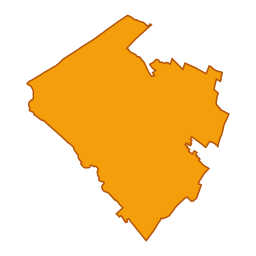 Mihai Eminescu, Botosani, Romania (Mercator projection)
{"feature_id": "2599482B56977001468724", "entity_name": "Mihai Eminescu", "entity_type": "district", "adm_level": 2, "iso_a3": "ROU", "parent_name": "Romania", "parent_adm1": "Botosani", "projection": "mercator", "projection_center": [26.565, 47.773], "detail": "fine", "context": "isolated", "style": "filled", "palette": "amber", "viewbox_px": 256, "rotation_deg": 0, "n_neighbors": 0, "source": "geoboundaries", "source_scale": "gbopen_adm2", "svg_char_len": 5646}
<svg xmlns="http://www.w3.org/2000/svg" viewBox="0 0 256 256"><path d="M198.8,182.2L199.1,181.4L200.9,178.9L203.5,174.6L203.7,174.4L204.6,173.0L205.0,172.5L206.9,170.8L208.9,168.5L205.8,166.6L205.1,166.3L204.1,165.7L202.3,164.0L201.4,163.1L200.6,162.0L200.4,161.8L199.2,161.1L199.0,160.6L199.8,159.7L199.1,159.3L199.5,158.3L197.0,156.9L197.4,156.0L195.5,155.0L196.9,152.5L194.2,150.9L192.4,154.0L188.5,151.4L189.7,149.5L187.7,148.1L187.8,148.0L187.0,147.3L187.6,146.5L185.2,144.9L185.9,143.3L187.3,144.1L187.5,143.7L190.4,145.7L190.9,144.9L190.7,144.8L191.5,143.5L190.3,142.7L192.0,140.3L190.5,139.2L191.8,136.8L202.2,144.4L204.4,146.4L205.8,147.4L206.2,146.8L206.7,145.9L207.7,144.4L209.6,141.6L210.0,141.6L210.8,141.8L212.7,142.4L213.3,142.9L215.3,143.9L215.5,144.1L215.7,144.5L215.9,144.8L216.9,145.5L217.9,146.5L218.4,143.4L220.4,137.3L220.8,136.8L221.5,135.0L221.7,134.7L223.1,129.1L223.0,128.9L223.8,125.7L224.5,123.6L226.9,118.8L227.2,118.1L227.3,117.8L228.9,114.0L228.9,113.9L228.7,113.8L228.1,113.6L227.8,113.4L227.4,113.3L226.9,113.0L226.0,112.7L225.2,112.2L224.8,111.8L222.9,111.0L222.1,110.5L221.5,110.2L220.9,109.7L220.5,109.8L220.5,109.7L220.6,109.2L218.2,106.6L217.5,105.8L217.2,105.4L216.5,105.2L216.5,104.9L216.6,104.5L216.5,104.3L216.2,103.3L216.1,103.1L216.1,102.6L216.7,99.1L216.7,98.6L217.0,97.1L218.2,93.0L216.9,92.2L215.9,91.0L213.9,89.4L216.4,79.2L220.4,81.4L221.2,79.2L220.8,78.5L221.4,76.7L222.3,72.6L220.3,71.7L218.4,71.4L216.1,70.7L214.8,69.9L214.5,69.5L213.9,69.4L213.4,69.0L212.2,68.0L211.7,67.3L210.9,66.6L210.5,66.4L209.8,66.3L209.1,66.0L208.5,67.9L207.8,69.4L207.7,69.9L207.3,70.8L206.2,73.7L201.0,70.9L195.5,67.8L185.0,63.1L182.8,69.4L172.1,58.7L171.0,62.2L170.3,64.1L169.4,64.0L168.6,63.1L167.0,62.5L166.2,62.5L164.6,63.5L161.8,62.1L161.3,62.1L160.5,62.5L160.3,62.5L159.9,62.3L159.3,61.6L159.1,61.2L158.9,60.5L158.8,60.2L158.5,60.1L158.1,60.0L157.5,59.6L156.9,59.4L156.5,59.5L156.2,59.5L155.3,60.2L154.9,60.6L154.3,61.5L153.9,61.9L153.0,62.4L152.5,62.9L151.5,63.3L150.6,63.8L149.8,64.3L151.1,66.4L152.8,68.4L154.0,69.3L155.2,69.8L155.6,70.1L155.6,70.5L153.4,72.3L152.7,72.7L154.4,75.7L151.1,76.0L148.4,71.6L144.1,62.4L140.6,58.3L140.2,57.5L139.9,57.2L139.7,57.2L138.8,56.7L138.6,56.7L137.9,57.0L137.3,56.9L137.1,56.7L136.7,55.8L135.8,54.8L134.6,54.1L134.2,54.0L133.7,53.5L132.9,53.4L132.2,52.8L130.4,51.9L129.9,51.4L129.4,50.9L129.0,50.3L128.9,49.8L128.6,49.3L127.5,49.0L126.8,48.5L128.6,46.3L129.1,45.9L136.0,38.6L136.4,38.3L137.6,37.4L139.5,35.4L143.8,31.7L147.0,28.6L148.8,27.1L149.5,26.6L150.2,25.8L151.4,24.9L150.2,24.0L149.9,24.2L149.3,25.0L149.0,25.3L148.3,26.3L148.1,26.2L148.0,26.4L147.1,25.7L146.6,25.4L146.2,25.1L145.7,24.3L143.1,22.3L141.8,21.9L140.9,21.8L139.9,21.4L138.8,21.2L138.5,21.0L137.5,20.3L136.4,19.7L135.6,19.9L135.1,19.8L134.2,19.3L133.1,18.4L131.2,17.1L127.8,15.4L127.5,15.4L126.9,15.9L125.1,17.0L124.2,17.8L119.0,21.0L117.6,22.0L114.4,24.4L106.4,30.0L104.5,31.6L103.3,32.4L102.4,33.1L101.1,33.9L99.2,35.4L97.5,36.6L95.0,38.5L93.4,39.6L84.7,45.0L80.6,47.7L80.1,48.0L79.2,48.8L77.1,50.2L76.6,50.7L76.2,50.9L75.6,51.0L75.3,51.4L73.8,52.3L73.0,52.9L71.6,53.7L63.7,58.8L62.4,59.8L61.0,61.3L60.3,61.9L60.3,62.2L60.2,62.5L59.0,63.2L56.0,65.7L51.2,68.4L49.1,69.7L45.2,71.8L40.9,74.6L39.8,75.4L38.1,76.2L36.7,77.2L34.5,78.5L33.2,79.4L32.9,79.4L32.6,79.6L31.8,80.1L30.9,80.4L30.2,80.8L29.3,81.3L28.7,82.2L27.1,83.2L27.3,83.9L27.7,84.5L28.7,85.1L29.5,85.4L30.4,85.9L31.1,86.6L31.5,87.1L31.7,87.5L33.2,90.6L33.4,92.2L33.3,94.5L33.4,97.5L33.1,98.5L32.7,99.5L32.3,99.7L31.5,99.9L30.5,100.9L30.0,101.2L29.5,101.8L28.8,103.6L28.7,104.5L29.0,106.4L29.6,107.0L29.7,107.5L29.7,108.5L29.6,109.2L29.3,110.5L31.8,111.7L32.6,111.9L33.1,112.2L33.7,112.9L33.8,113.2L34.4,114.9L34.6,115.1L34.9,115.4L35.9,115.7L38.6,118.0L41.4,120.0L42.0,120.2L43.1,120.6L43.4,120.8L43.9,120.5L45.5,122.3L54.4,130.2L54.9,130.6L64.9,139.6L66.4,141.0L67.0,141.9L67.3,142.2L68.9,143.2L69.8,143.8L73.4,147.1L73.5,147.2L74.0,149.3L74.6,150.5L76.2,152.6L76.5,153.3L77.4,154.2L77.8,154.7L78.0,155.1L78.2,156.0L78.2,156.8L78.3,157.7L78.5,158.5L78.8,158.9L79.3,159.3L79.7,160.2L80.5,160.8L80.8,161.3L81.4,161.6L81.6,161.9L81.7,162.3L81.7,162.5L81.5,162.8L81.0,163.0L80.9,163.1L80.9,163.8L81.2,164.4L81.5,164.8L82.7,166.2L83.8,167.3L84.6,167.8L85.0,167.8L86.6,167.7L87.9,167.8L89.3,167.5L89.7,167.2L90.9,165.2L91.2,165.0L91.9,165.2L92.9,166.0L93.8,166.6L94.3,166.5L94.9,166.3L95.3,166.3L95.6,166.4L96.8,167.1L97.3,167.8L97.8,168.3L98.1,168.7L98.3,169.4L98.2,169.6L98.0,169.9L97.5,170.9L97.2,172.3L97.4,172.6L97.5,173.2L97.7,175.2L98.0,175.8L98.7,176.6L99.1,178.1L99.2,178.4L99.1,178.7L98.7,179.5L98.7,179.9L99.1,180.4L100.3,181.2L102.0,181.7L103.3,181.8L103.8,182.0L103.9,182.5L104.0,183.1L103.9,183.6L102.2,185.4L101.9,186.5L101.9,187.6L102.5,189.4L103.1,190.3L103.5,190.8L103.9,191.0L106.0,192.1L107.7,192.4L108.0,192.6L111.3,196.0L113.6,198.7L115.4,200.4L116.0,200.2L116.8,200.9L117.5,201.7L118.1,202.3L119.4,204.2L122.1,207.0L123.0,207.7L116.3,213.8L117.0,214.6L118.4,215.8L119.2,216.9L120.2,216.2L121.0,215.6L122.3,217.4L125.6,222.5L127.5,221.7L126.5,220.1L128.2,218.9L128.7,218.6L129.0,219.1L129.9,220.3L130.3,221.0L146.1,240.6L146.7,240.0L154.0,230.2L154.0,229.9L154.3,229.4L154.7,229.2L155.0,228.4L155.7,227.5L155.9,227.0L156.2,226.5L156.5,225.9L157.1,225.4L157.4,224.5L157.8,224.0L159.1,221.8L159.8,221.0L160.6,219.4L161.0,218.8L161.1,218.6L161.0,218.3L162.8,218.5L165.0,217.9L169.2,215.8L171.3,213.0L173.6,210.1L175.1,207.7L179.0,203.6L185.7,197.5L187.6,197.5L190.5,200.7L191.7,201.3L193.1,201.1L196.7,198.1L196.7,197.7L201.3,184.9L199.8,184.2L198.4,183.9L198.8,182.2Z" fill="#f59e0b" stroke="#b45309" stroke-width="1.5"/></svg>